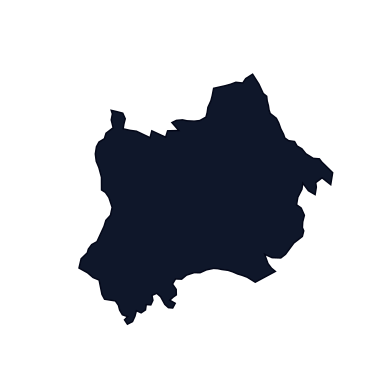 outline of Campo Novo, Rio Grande do Sul, Brazil, rotated 64°
{"feature_id": "56859067B11672596232419", "entity_name": "Campo Novo", "entity_type": "district", "adm_level": 2, "iso_a3": "BRA", "parent_name": "Brazil", "parent_adm1": "Rio Grande do Sul", "projection": "albers", "projection_center": [-53.822, -27.67], "detail": "fine", "context": "isolated", "style": "filled", "palette": "ink", "viewbox_px": 384, "rotation_deg": 64, "n_neighbors": 0, "source": "geoboundaries", "source_scale": "gbopen_adm2", "svg_char_len": 1917}
<svg xmlns="http://www.w3.org/2000/svg" viewBox="0 0 384 384"><g transform="rotate(64 192 192)"><path d="M112.7,85.9L113.6,94.0L116.3,98.6L112.6,104.5L112.1,110.0L111.0,115.8L108.3,127.1L114.3,131.6L118.3,135.0L122.9,140.6L127.2,143.5L130.8,146.6L131.2,153.7L129.3,159.0L125.8,165.3L123.0,168.9L120.8,174.6L120.8,179.6L131.0,176.9L126.3,187.1L131.2,191.7L119.4,201.3L124.8,205.9L113.0,215.3L109.4,220.7L105.0,226.2L100.9,223.3L96.9,219.9L90.8,219.7L86.6,224.6L83.2,228.8L86.9,229.3L91.8,233.0L99.7,234.7L101.5,243.5L105.7,247.4L106.3,253.7L109.4,258.0L115.4,262.2L122.4,264.6L129.3,265.0L139.1,266.9L150.5,272.4L154.4,270.0L160.5,269.1L170.8,270.5L177.2,275.5L179.7,281.8L184.3,286.1L195.0,299.2L195.3,305.2L197.9,310.2L200.8,312.8L203.4,320.9L210.8,326.9L218.8,321.3L225.5,318.4L230.4,314.1L244.6,317.8L250.0,317.6L256.3,308.6L261.6,307.8L266.4,308.8L271.8,308.4L275.8,304.5L277.3,308.7L282.5,308.0L282.4,302.3L278.7,297.8L274.3,294.0L278.3,290.7L277.6,285.5L273.1,282.5L275.4,278.5L272.2,274.6L267.4,273.3L267.6,268.1L272.3,266.1L276.8,265.9L281.1,265.7L285.6,263.9L287.8,260.2L284.7,255.9L279.5,259.4L278.2,255.0L277.6,251.2L272.6,248.9L266.2,249.9L262.9,244.9L265.8,239.5L264.3,233.4L265.4,225.5L268.1,220.1L268.3,213.1L270.1,206.1L272.2,202.4L274.7,199.2L278.2,193.9L281.6,190.4L285.7,186.9L288.8,183.5L292.8,179.7L300.8,174.7L299.9,151.9L295.3,154.0L289.6,155.1L279.8,154.0L286.1,148.8L290.2,141.1L289.0,135.3L282.5,122.8L280.3,112.3L275.9,108.6L272.4,108.4L267.4,105.6L262.2,101.2L254.3,100.9L249.3,103.6L243.1,99.2L237.7,92.0L232.6,88.5L241.9,86.8L248.3,82.5L242.1,78.1L237.8,76.7L236.3,68.9L246.2,64.1L236.3,57.1L222.0,62.2L218.0,63.0L214.9,68.3L207.5,72.9L201.3,74.3L196.7,77.4L191.6,77.7L188.2,82.7L184.1,84.9L180.2,84.4L174.2,84.5L167.9,83.8L162.7,83.9L155.7,87.3L152.0,86.8L148.0,85.5L143.1,84.5L138.7,82.9L134.7,84.8L124.3,84.6L112.7,85.9Z" fill="#0f172a" stroke="#020617" stroke-width="1.5"/></g></svg>